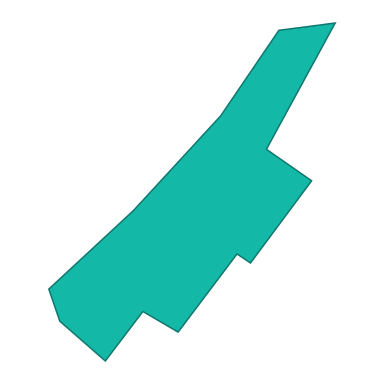 outline of Yangiyul city, Tashkent, Uzbekistan
{"feature_id": "79887680B38656408263459", "entity_name": "Yangiyul city", "entity_type": "district", "adm_level": 2, "iso_a3": "UZB", "parent_name": "Uzbekistan", "parent_adm1": "Tashkent", "projection": "orthographic", "projection_center": [69.026, 41.087], "detail": "fine", "context": "isolated", "style": "filled", "palette": "teal", "viewbox_px": 384, "rotation_deg": 0, "n_neighbors": 0, "source": "geoboundaries", "source_scale": "gbopen_adm2", "svg_char_len": 296}
<svg xmlns="http://www.w3.org/2000/svg" viewBox="0 0 384 384"><path d="M311.6,180.8L266.4,149.3L335.2,23.0L278.9,30.3L220.7,115.8L133.4,210.6L48.8,289.1L59.8,321.2L105.3,361.0L142.9,311.5L178.1,332.1L237.0,254.0L250.5,263.0L311.6,180.8Z" fill="#14b8a6" stroke="#0f766e" stroke-width="1.5"/></svg>